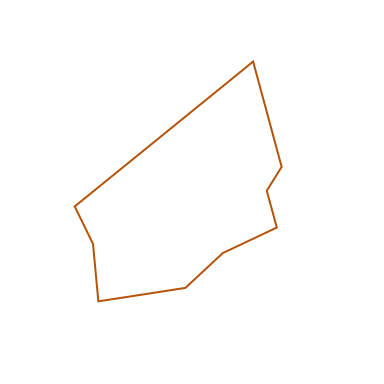 outline of Pedra Preta, Rio Grande do Norte, Brazil, rotated 213°
{"feature_id": "56859067B59670675388147", "entity_name": "Pedra Preta", "entity_type": "district", "adm_level": 2, "iso_a3": "BRA", "parent_name": "Brazil", "parent_adm1": "Rio Grande do Norte", "projection": "robinson", "projection_center": [-36.101, -5.53], "detail": "fine", "context": "isolated", "style": "outline", "palette": "amber", "viewbox_px": 384, "rotation_deg": 213, "n_neighbors": 0, "source": "geoboundaries", "source_scale": "gbopen_adm2", "svg_char_len": 320}
<svg xmlns="http://www.w3.org/2000/svg" viewBox="0 0 384 384"><g transform="rotate(213 192 192)"><path d="M145.3,108.0L132.9,157.6L101.5,208.4L130.0,233.8L130.5,261.9L135.9,266.7L161.1,289.3L211.8,334.7L217.9,315.6L282.5,116.0L246.8,94.6L211.0,49.3L145.3,108.0Z" fill="none" stroke="#b45309" stroke-width="2"/></g></svg>